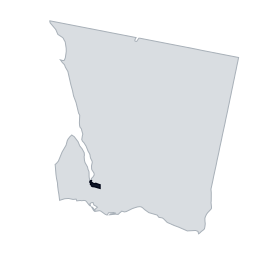 Faysal, As Suways, Egypt shown in context, rotated 191°
{"feature_id": "37247803B30609980444918", "entity_name": "Faysal", "entity_type": "district", "adm_level": 2, "iso_a3": "EGY", "parent_name": "Egypt", "parent_adm1": "As Suways", "projection": "robinson", "projection_center": [32.277, 30.117], "detail": "fine", "context": "in_parent", "style": "filled", "palette": "ink", "viewbox_px": 256, "rotation_deg": 191, "n_neighbors": 0, "source": "geoboundaries", "source_scale": "gbopen_adm2", "svg_char_len": 3846}
<svg xmlns="http://www.w3.org/2000/svg" viewBox="0 0 256 256"><g transform="rotate(191 128 128)"><path d="M225.2,218.3L219.9,218.3L214.6,218.3L209.3,218.3L204.0,218.3L198.7,218.3L193.3,218.3L188.0,218.3L182.7,218.3L177.4,218.3L172.1,218.3L166.8,218.3L161.5,218.3L156.2,218.3L150.9,218.3L145.6,218.3L140.3,218.3L137.3,218.3L137.8,216.7L138.1,215.5L137.7,214.7L136.7,214.5L136.0,214.7L134.5,218.2L133.6,218.4L131.7,218.4L125.6,218.4L119.4,218.4L113.2,218.4L107.0,218.4L100.8,218.4L94.7,218.4L88.5,218.4L82.3,218.4L76.1,218.4L70.0,218.3L63.8,218.3L57.6,218.3L51.4,218.3L45.2,218.3L39.1,218.3L32.9,218.3L32.9,214.1L33.0,209.9L33.0,205.7L33.1,201.5L33.1,197.3L33.2,193.1L33.2,188.9L33.3,184.7L33.3,180.5L33.4,176.3L33.4,172.1L33.5,167.9L33.5,163.7L33.6,159.5L33.7,155.3L33.7,151.1L33.8,146.9L33.9,142.7L34.0,138.5L34.0,134.3L34.1,130.1L34.2,125.9L34.2,121.7L34.3,117.5L34.4,113.3L34.4,109.1L34.5,104.9L34.6,100.7L34.7,96.5L34.7,92.3L34.8,88.1L34.9,83.9L34.7,83.1L33.9,80.3L33.2,76.6L32.4,72.2L32.3,70.7L30.9,66.1L30.8,64.8L31.2,63.9L33.7,60.0L34.5,58.2L35.1,55.9L35.3,54.1L34.7,51.3L33.9,48.7L33.7,46.2L33.7,43.6L34.9,41.9L36.4,40.3L37.0,39.3L37.9,38.2L38.5,37.6L39.6,39.9L42.1,40.3L50.2,38.3L59.1,40.3L64.0,41.1L71.5,42.8L76.1,45.9L77.3,46.3L80.6,46.2L82.8,48.1L91.4,48.9L96.0,51.0L98.6,52.6L100.2,53.1L101.6,53.0L103.5,52.4L105.8,51.2L108.4,49.7L113.8,45.6L115.7,44.9L116.9,45.1L118.4,45.1L119.1,44.0L119.9,43.2L120.4,42.4L121.2,41.3L124.0,41.0L129.5,39.3L128.9,40.1L123.8,42.1L126.0,42.3L128.2,41.7L130.8,41.2L131.2,40.4L131.6,38.8L132.1,38.6L133.8,38.9L139.0,41.3L140.3,41.4L144.0,40.0L144.8,39.8L146.0,40.5L148.7,43.5L147.7,43.4L144.8,40.9L144.6,42.2L142.9,44.4L145.0,45.4L146.6,45.8L147.5,47.0L148.1,48.2L149.8,47.7L151.0,46.1L150.3,45.3L149.9,44.4L150.5,44.4L151.6,45.1L154.9,48.0L156.0,48.6L157.3,48.5L160.0,47.7L160.8,47.8L164.4,46.7L164.8,47.5L165.4,48.3L168.3,47.4L172.8,47.5L176.6,46.5L180.9,44.2L181.2,43.9L181.5,44.4L182.0,46.0L183.3,50.0L184.5,53.1L185.9,57.4L186.4,59.1L186.6,60.3L188.6,65.0L189.9,68.9L190.8,72.1L192.1,76.8L192.6,78.4L191.7,79.2L190.0,82.2L188.1,91.8L185.5,99.3L185.2,104.0L184.7,105.7L183.5,108.1L181.9,110.4L179.1,109.2L174.5,105.1L171.9,101.2L169.0,98.7L166.3,95.4L165.6,93.0L165.6,91.5L164.5,87.7L163.6,85.9L160.3,82.0L159.4,79.8L158.7,78.9L157.9,77.5L156.8,72.4L155.5,69.1L154.0,70.0L154.3,71.4L153.0,73.3L152.2,75.5L152.8,77.3L155.5,80.1L156.0,81.3L156.6,83.9L156.5,87.5L157.0,88.7L159.0,91.3L159.7,92.9L160.1,94.2L160.8,95.4L162.8,97.7L165.6,102.1L168.4,105.1L170.3,106.5L171.2,107.9L171.3,111.6L171.2,113.4L172.9,116.7L173.6,118.3L175.3,119.7L176.0,121.3L176.7,123.8L177.8,131.3L179.3,133.1L183.8,143.0L187.6,149.2L189.5,153.9L192.3,159.5L197.8,172.0L201.1,175.8L202.4,178.0L204.8,179.6L207.4,182.0L204.9,181.8L204.3,181.9L203.5,182.3L203.1,183.8L202.9,185.0L203.2,191.3L203.9,194.5L206.1,200.6L207.7,202.4L208.5,203.6L209.6,204.4L214.7,206.5L217.7,210.9L224.5,216.4L225.2,218.0L225.2,218.3Z" fill="#d9dde1" stroke="#a8b0b8" stroke-width="1"/><path d="M155.1,68.4L154.9,68.2L154.9,67.9L154.9,67.7L154.6,67.6L154.4,67.2L154.5,67.1L154.3,67.0L154.1,66.7L154.1,66.3L154.0,66.2L154.0,65.5L153.1,65.2L153.0,64.7L152.7,64.1L151.6,63.8L150.8,63.9L149.8,64.0L147.3,63.8L146.7,63.7L144.0,63.5L144.3,65.0L144.4,65.6L144.6,66.5L144.7,66.9L144.8,66.9L145.0,66.9L145.3,66.9L145.6,66.9L145.9,67.0L146.2,67.0L146.4,67.0L146.6,67.1L147.0,67.1L147.3,67.2L147.6,67.2L147.9,67.3L148.1,67.4L148.4,67.4L148.7,67.4L149.0,67.4L149.3,67.4L149.5,67.3L149.6,67.2L149.8,67.0L150.0,67.0L150.1,66.9L150.3,66.9L150.6,66.8L150.9,66.8L151.2,66.8L151.4,66.9L151.7,67.0L151.9,67.0L152.2,67.2L152.4,67.3L152.6,67.4L152.9,67.5L153.2,67.6L153.3,67.8L153.5,67.9L153.7,68.0L153.8,68.1L154.1,68.3L154.1,68.6L154.1,68.8L154.1,69.0L154.0,69.3L154.3,69.3L154.7,69.0L154.8,68.8L155.1,68.4Z" fill="#0f172a" stroke="#020617" stroke-width="1.5"/></g></svg>